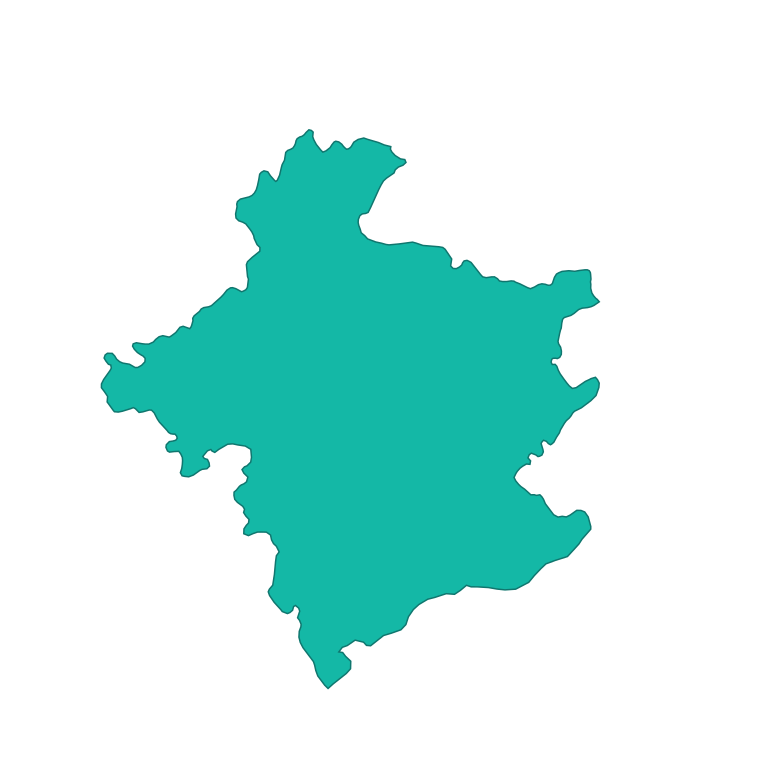 Pinsk, Brest, Belarus, rotated 323°
{"feature_id": "67162791B61405599198646", "entity_name": "Pinsk", "entity_type": "district", "adm_level": 2, "iso_a3": "BLR", "parent_name": "Belarus", "parent_adm1": "Brest", "projection": "mercator", "projection_center": [26.193, 52.204], "detail": "fine", "context": "isolated", "style": "filled", "palette": "teal", "viewbox_px": 768, "rotation_deg": 323, "n_neighbors": 0, "source": "geoboundaries", "source_scale": "gbopen_adm2", "svg_char_len": 6171}
<svg xmlns="http://www.w3.org/2000/svg" viewBox="0 0 768 768"><g transform="rotate(323 384 384)"><path d="M605.4,447.9L605.2,444.7L604.7,443.0L604.5,439.8L604.8,436.4L606.7,431.9L609.2,428.8L610.4,426.6L612.4,424.8L615.1,420.6L615.9,419.1L616.1,417.0L615.1,415.2L613.1,413.7L608.3,410.9L604.2,408.8L599.7,404.7L593.9,401.2L590.3,400.3L587.9,400.0L584.3,401.4L578.9,405.1L576.3,405.2L574.4,403.8L572.9,401.5L570.4,399.0L567.1,397.6L562.5,397.1L558.3,396.0L556.6,393.4L552.8,385.8L550.3,381.8L549.7,380.1L547.6,378.2L543.8,376.1L540.4,373.6L538.2,371.2L538.0,368.2L536.7,364.9L534.4,363.2L529.6,360.6L527.3,357.8L527.0,354.7L526.7,339.4L525.9,337.5L524.7,335.2L522.0,333.9L519.6,334.6L517.7,335.8L514.8,336.0L511.2,335.4L508.7,333.3L508.3,329.8L513.3,324.9L513.9,313.2L513.1,310.3L510.4,307.4L498.5,296.8L494.5,290.9L492.2,287.9L480.5,281.3L471.7,275.9L469.6,273.8L466.7,270.0L462.8,265.5L458.2,258.2L457.9,254.1L456.8,249.5L458.1,246.2L459.3,242.1L460.6,239.4L462.6,237.1L466.1,235.0L469.1,235.1L471.9,236.7L474.6,237.4L479.3,235.1L496.7,225.6L501.6,223.2L505.8,221.5L509.9,221.1L519.0,221.5L521.9,219.7L526.1,219.4L530.8,220.7L534.9,220.3L535.7,217.3L532.6,214.1L530.4,208.2L529.9,203.5L530.4,200.4L532.3,198.5L528.1,193.3L524.9,187.8L518.1,178.7L515.9,175.4L510.5,173.1L505.4,172.7L500.9,174.6L499.4,174.9L497.2,174.8L495.4,174.0L494.9,172.0L494.6,169.8L494.6,167.1L493.6,163.5L491.6,161.1L489.8,160.7L486.3,161.6L483.2,162.8L477.9,162.9L474.7,162.0L474.3,158.9L474.1,152.0L474.9,146.8L475.9,143.6L479.0,140.2L478.6,137.8L477.0,135.8L473.2,136.2L470.3,136.9L467.8,136.9L465.3,136.0L462.3,135.8L460.3,136.7L457.8,138.8L455.7,139.9L453.3,140.7L450.8,140.4L447.6,139.5L444.9,139.9L439.2,145.4L434.7,147.5L432.6,149.1L426.3,154.4L421.3,157.1L419.5,157.1L419.1,155.5L418.6,149.4L418.9,144.6L416.4,141.5L413.4,141.1L411.0,141.6L406.9,145.5L402.4,149.4L398.9,152.0L395.4,153.5L392.1,154.0L388.9,153.4L380.6,149.9L376.8,150.1L374.7,151.7L373.3,154.0L367.8,158.9L365.7,162.4L366.2,166.2L368.6,169.8L370.0,173.0L370.1,179.5L370.0,183.0L369.2,187.1L367.9,189.7L366.5,196.3L367.1,200.3L364.8,203.2L355.1,203.5L348.6,204.2L345.9,205.9L339.7,216.0L338.9,218.6L333.0,224.7L330.4,225.6L327.2,225.1L325.7,224.5L323.0,218.6L321.0,215.9L319.2,214.8L315.1,214.5L309.7,215.9L306.2,216.5L293.3,217.6L290.4,216.8L286.0,214.5L283.1,214.1L280.4,215.0L273.4,215.3L270.8,216.4L269.5,218.5L265.7,221.4L264.2,222.3L262.2,222.9L258.3,217.0L255.2,215.9L248.7,217.6L243.1,217.6L240.7,217.3L236.4,212.3L232.8,210.9L228.4,211.0L225.1,211.7L220.2,210.6L217.2,208.3L215.4,206.6L211.0,202.0L207.9,201.0L206.0,202.4L205.5,206.0L206.0,210.4L207.2,213.9L208.4,216.7L208.7,219.8L206.4,222.4L201.6,223.2L197.3,222.6L195.2,221.1L192.6,215.0L187.9,210.0L186.3,207.1L185.4,203.3L185.8,199.5L185.4,196.0L181.6,193.0L178.8,193.0L176.1,194.8L175.7,198.3L175.8,202.4L177.2,204.4L175.8,207.2L173.5,208.3L162.8,211.7L158.4,213.9L156.1,216.9L156.1,222.0L155.8,227.6L152.1,231.7L151.9,242.2L152.0,243.9L154.9,246.5L158.7,248.3L167.0,251.3L169.6,252.0L170.6,254.1L171.3,259.3L174.6,261.1L180.9,263.5L182.6,265.0L183.1,268.7L181.9,275.6L181.7,279.4L182.8,290.6L182.8,293.0L183.7,295.3L185.3,297.0L186.9,298.2L187.1,300.7L186.2,302.9L183.8,303.6L181.0,302.5L177.9,300.8L173.6,301.5L171.7,303.4L170.8,307.2L171.7,309.3L175.8,311.7L179.6,314.3L179.6,317.4L178.8,321.2L177.0,324.0L174.6,326.8L171.7,329.7L168.0,332.3L167.5,335.8L169.1,337.7L172.2,340.6L177.0,342.0L185.0,342.2L187.4,342.7L191.6,345.1L195.2,344.6L196.8,341.8L197.6,338.0L195.7,335.4L195.7,332.8L202.8,331.1L206.3,332.1L206.3,334.0L207.7,336.8L212.7,336.8L222.9,338.0L227.2,340.8L230.7,344.8L235.9,350.1L238.3,356.0L234.0,362.9L230.5,366.2L225.3,366.9L222.7,366.2L219.1,366.9L218.4,370.9L219.3,376.4L215.3,379.4L212.0,379.4L209.2,378.7L207.0,378.7L202.3,379.9L199.2,380.1L197.1,382.7L195.4,386.3L195.7,390.3L197.6,396.7L197.3,400.0L194.5,402.2L194.2,406.4L194.7,410.9L192.1,413.5L189.0,414.0L185.0,415.4L181.9,419.2L184.5,423.5L189.5,424.7L193.8,426.1L197.1,428.5L200.9,431.5L202.5,436.3L200.4,440.8L199.7,445.0L200.4,448.8L199.2,455.0L194.7,456.4L190.7,460.4L181.9,470.1L174.1,477.7L168.9,478.9L166.5,480.3L165.3,484.1L164.9,492.2L165.8,501.9L165.8,504.5L168.7,509.2L171.3,509.9L174.8,509.7L177.9,507.3L180.0,507.6L181.0,511.6L180.0,514.7L174.3,518.7L174.3,522.0L173.2,526.0L171.5,527.9L167.5,530.5L163.7,535.0L161.6,540.0L160.6,545.9L160.6,563.2L159.4,566.8L157.1,571.8L155.4,577.4L155.4,589.0L156.1,593.5L163.1,592.9L179.6,592.5L185.9,591.3L190.6,585.4L189.4,578.3L189.4,573.6L186.7,570.8L192.2,569.2L197.3,570.8L206.8,571.2L212.3,577.9L212.7,582.2L215.8,585.0L232.3,584.6L239.8,587.4L249.6,590.5L256.7,589.3L263.4,584.6L271.7,581.8L279.2,581.1L289.4,582.2L296.1,585.0L307.5,588.9L313.8,594.4L320.9,594.8L328.7,594.4L331.5,598.4L336.6,602.3L344.9,609.4L350.8,615.7L356.7,621.2L365.7,627.1L380.3,629.5L388.6,627.5L398.0,625.9L405.1,625.1L414.5,627.9L426.7,632.2L443.3,629.1L448.8,627.1L461.7,624.4L463.4,622.2L467.1,613.0L467.3,607.0L465.2,603.5L461.9,600.9L453.8,600.7L449.6,599.9L446.7,596.9L442.9,595.0L440.8,590.5L440.8,576.7L442.0,572.0L442.2,568.9L441.8,566.3L438.7,564.7L437.3,562.8L434.6,560.9L433.0,552.6L431.6,548.3L431.1,545.2L430.9,540.7L431.6,536.9L435.6,534.8L438.0,533.9L442.0,533.1L445.3,533.1L449.6,533.6L452.2,536.0L454.8,533.6L454.5,529.6L457.4,527.9L460.0,527.9L462.6,532.0L463.3,534.6L464.7,535.3L467.3,535.8L470.4,534.1L471.4,532.2L473.7,526.0L475.4,525.3L477.5,524.9L479.2,527.5L479.4,530.5L480.4,532.7L481.8,532.9L484.6,532.7L489.8,530.3L494.6,528.6L497.4,526.8L504.5,523.9L507.6,523.0L511.4,522.7L514.2,522.0L517.1,520.8L519.7,520.4L527.3,521.8L539.1,521.8L546.4,520.8L553.5,516.1L556.4,512.8L557.1,509.0L556.9,505.9L552.6,504.3L550.5,504.0L546.4,503.1L535.3,502.6L531.8,500.9L530.8,497.1L530.6,493.4L530.6,488.6L530.8,481.8L531.5,477.7L532.7,473.9L532.5,471.3L530.1,469.7L530.6,467.1L532.9,465.2L534.4,465.2L536.5,466.6L537.7,468.0L540.3,468.5L543.4,467.1L545.5,464.5L547.2,460.9L547.6,457.1L548.6,454.7L554.7,449.3L557.3,447.2L559.2,446.0L562.6,442.4L565.6,439.8L568.0,439.4L574.6,441.7L578.2,442.0L584.3,441.7L587.9,442.7L592.6,445.5L595.9,446.9L599.0,447.6L605.4,447.9Z" fill="#14b8a6" stroke="#0f766e" stroke-width="1.5"/></g></svg>